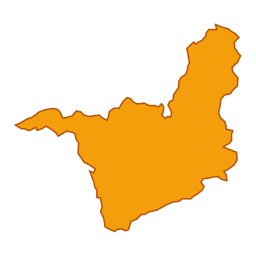 Salto do Itararé, Paraná, Brazil (orthographic projection)
{"feature_id": "56859067B10187530268623", "entity_name": "Salto do Itararé", "entity_type": "district", "adm_level": 2, "iso_a3": "BRA", "parent_name": "Brazil", "parent_adm1": "Paraná", "projection": "orthographic", "projection_center": [-49.691, -23.621], "detail": "fine", "context": "isolated", "style": "filled", "palette": "amber", "viewbox_px": 256, "rotation_deg": 0, "n_neighbors": 0, "source": "geoboundaries", "source_scale": "gbopen_adm2", "svg_char_len": 2118}
<svg xmlns="http://www.w3.org/2000/svg" viewBox="0 0 256 256"><path d="M215.5,24.6L216.7,29.6L208.8,29.5L206.2,33.2L205.6,36.3L201.8,40.6L198.6,42.0L195.9,44.2L193.9,42.0L190.6,44.9L186.9,48.4L189.4,62.6L187.8,66.4L187.1,71.0L185.5,74.6L180.9,77.6L178.9,81.3L178.4,87.8L173.7,94.5L172.9,100.2L169.7,101.5L168.0,105.2L170.3,109.3L171.6,113.0L170.6,117.1L167.7,116.5L165.2,118.3L161.9,115.2L163.6,110.4L163.5,106.3L161.5,103.8L158.5,106.9L154.7,105.5L150.7,105.7L147.6,105.0L143.8,103.0L140.3,103.8L136.2,103.7L132.8,101.7L130.6,98.7L126.9,97.7L123.5,100.8L120.8,105.3L119.1,108.2L113.8,108.2L109.4,111.5L108.4,116.8L106.9,120.2L102.2,117.7L99.4,115.2L94.7,115.5L89.8,116.5L84.4,115.4L80.7,111.9L76.4,110.9L72.2,115.9L69.1,116.8L66.0,117.6L62.8,117.9L59.7,111.5L57.5,109.4L53.1,108.5L45.2,109.7L38.3,112.4L35.6,115.0L31.0,117.8L27.8,118.6L20.1,123.1L15.4,125.1L21.4,128.6L24.6,128.8L29.1,130.7L35.9,127.4L37.1,130.4L42.2,128.6L46.1,126.2L49.8,128.4L54.0,131.2L56.1,133.1L58.3,136.1L66.7,131.2L72.6,132.3L75.1,134.0L75.9,138.5L78.6,143.3L78.1,153.5L82.3,159.6L84.3,162.4L89.7,165.0L95.6,169.2L93.5,172.7L89.8,171.2L92.6,178.6L94.1,182.9L94.6,186.6L96.9,190.4L96.9,197.6L100.4,197.9L101.3,202.7L102.2,206.4L100.7,211.6L103.9,218.7L105.0,226.7L110.3,229.7L114.7,231.4L117.1,229.5L121.6,228.8L125.2,230.7L128.4,229.8L131.1,221.5L136.8,219.1L141.2,214.6L145.1,214.4L148.0,212.2L151.0,211.4L156.4,210.3L166.7,204.7L172.8,202.1L179.0,201.3L182.5,198.7L190.6,198.9L193.9,195.9L197.1,194.3L199.6,192.2L202.4,190.0L204.0,186.4L201.0,182.3L203.1,178.8L207.2,178.4L213.2,177.0L218.0,176.6L221.6,179.4L227.0,180.7L226.0,174.3L223.9,171.2L227.6,169.7L230.3,167.8L234.0,164.8L237.1,160.2L236.6,152.3L223.2,147.1L226.6,144.8L229.3,143.4L231.6,140.4L231.6,133.8L232.8,130.7L226.3,129.3L225.9,125.4L224.8,121.7L220.7,118.1L218.6,113.3L220.4,103.7L220.9,99.1L224.6,95.0L230.4,93.7L232.7,90.3L237.4,86.0L237.6,81.4L238.0,78.0L235.3,74.9L232.5,71.3L232.1,67.2L237.8,61.9L240.6,55.7L238.5,53.7L234.7,47.8L234.3,42.2L238.9,37.5L235.5,33.6L232.5,32.2L228.2,28.9L223.2,27.4L215.5,24.6Z" fill="#f59e0b" stroke="#b45309" stroke-width="1.5"/></svg>